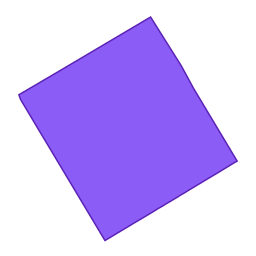 outline of Montgomery, Kansas, United States of America, rotated 329°
{"feature_id": "52423323B48873576903419", "entity_name": "Montgomery", "entity_type": "district", "adm_level": 2, "iso_a3": "USA", "parent_name": "United States of America", "parent_adm1": "Kansas", "projection": "albers", "projection_center": [-95.74, 37.193], "detail": "fine", "context": "isolated", "style": "filled", "palette": "violet", "viewbox_px": 256, "rotation_deg": 329, "n_neighbors": 0, "source": "geoboundaries", "source_scale": "gbopen_adm2", "svg_char_len": 608}
<svg xmlns="http://www.w3.org/2000/svg" viewBox="0 0 256 256"><g transform="rotate(329 128 128)"><path d="M203.0,44.5L100.9,43.8L51.6,43.3L50.6,48.3L50.5,81.5L50.5,100.5L50.3,212.6L59.8,212.6L62.9,212.6L69.1,212.6L80.7,212.6L81.3,212.6L81.8,212.6L84.2,212.6L104.8,212.7L112.2,212.6L118.5,212.7L121.6,212.6L126.3,212.7L127.9,212.7L136.2,212.7L137.3,212.6L138.9,212.6L143.7,212.7L147.2,212.6L151.5,212.6L154.9,212.6L166.9,212.6L168.9,212.6L171.8,212.6L173.1,212.6L186.6,212.6L200.3,212.5L204.5,212.6L204.6,127.6L205.7,102.1L204.5,44.5L203.0,44.5Z" fill="#8b5cf6" stroke="#5b21b6" stroke-width="1.5"/></g></svg>